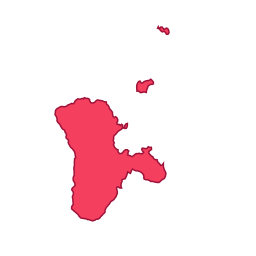 outline of Ilhabela, São Paulo, Brazil, rotated 318°
{"feature_id": "56859067B17407049512119", "entity_name": "Ilhabela", "entity_type": "district", "adm_level": 2, "iso_a3": "BRA", "parent_name": "Brazil", "parent_adm1": "São Paulo", "projection": "natural_earth1", "projection_center": [-45.279, -23.845], "detail": "fine", "context": "isolated", "style": "filled", "palette": "rose", "viewbox_px": 256, "rotation_deg": 318, "n_neighbors": 0, "source": "geoboundaries", "source_scale": "gbopen_adm2", "svg_char_len": 3950}
<svg xmlns="http://www.w3.org/2000/svg" viewBox="0 0 256 256"><g transform="rotate(318 128 128)"><path d="M124.3,124.5L124.7,123.1L126.0,122.4L125.6,120.8L123.9,120.9L123.8,119.4L122.4,117.9L123.4,116.4L124.6,116.3L125.9,115.0L126.6,113.2L126.4,111.4L124.8,111.0L124.8,109.0L126.1,106.9L127.0,105.8L127.2,103.7L127.2,101.4L127.8,99.9L128.4,98.0L128.0,96.1L129.3,94.0L128.1,93.0L127.3,91.0L126.0,89.2L125.0,87.9L124.1,86.7L122.3,86.4L120.5,86.6L118.7,86.0L117.3,84.4L117.6,82.4L118.5,81.0L118.2,79.5L116.9,78.1L115.8,76.2L114.4,76.5L113.7,75.3L112.3,74.9L111.0,73.8L110.0,72.6L108.6,72.6L107.2,72.4L105.3,73.2L103.6,73.4L102.5,71.9L100.6,71.5L99.0,70.7L97.4,70.7L95.9,70.3L94.7,69.4L93.8,68.3L92.7,67.3L91.5,66.8L90.2,66.6L88.5,66.2L86.4,66.3L85.2,67.0L84.0,68.2L82.7,69.3L82.5,70.8L82.2,72.2L81.5,73.7L80.2,74.9L79.6,76.6L79.7,78.4L79.7,79.9L79.2,81.6L78.8,83.5L78.7,85.2L79.4,87.1L78.4,89.2L78.2,91.0L77.5,92.2L76.0,93.0L75.3,94.4L75.6,96.2L75.3,97.7L73.7,98.9L73.1,101.0L72.7,102.7L72.5,104.2L72.7,106.1L72.6,107.8L72.4,109.6L71.6,111.4L70.4,113.2L69.2,115.1L67.9,115.0L66.4,116.4L65.1,117.7L64.0,119.1L62.7,120.2L61.4,121.2L60.3,122.3L59.3,123.8L57.8,125.5L56.4,127.1L54.9,127.7L53.5,128.7L52.2,130.4L51.7,133.1L50.4,135.1L48.4,135.5L46.9,135.3L45.7,135.6L44.7,136.6L44.7,138.2L44.0,139.7L42.7,140.9L41.0,141.6L40.1,142.6L39.3,144.2L38.2,145.4L37.3,146.7L36.3,148.0L35.0,148.3L33.3,148.9L32.0,150.4L32.2,152.0L32.3,153.6L32.7,155.7L32.8,157.3L33.0,159.0L32.6,160.8L32.7,163.3L34.1,165.0L35.1,166.4L36.1,167.3L36.6,168.9L37.5,169.8L38.6,171.7L39.6,173.4L40.8,173.9L42.0,174.4L43.2,174.5L44.5,175.5L46.4,176.1L48.3,175.6L50.4,175.6L51.8,175.3L53.2,175.4L54.7,175.1L55.7,173.9L57.4,173.0L59.3,172.4L60.6,172.4L61.9,172.1L63.7,171.9L65.7,171.2L67.6,171.5L69.2,171.7L70.5,171.6L71.9,171.2L73.2,171.0L74.5,170.3L76.2,169.5L77.8,167.6L78.8,165.7L79.9,164.5L81.3,165.1L81.7,167.0L83.1,168.3L83.7,166.7L84.6,165.7L86.0,164.6L87.8,163.7L89.0,162.4L90.7,163.1L92.0,163.8L94.2,162.9L96.3,161.8L98.4,160.5L99.4,163.3L100.8,162.7L102.3,161.8L103.9,161.6L104.6,163.9L105.3,165.1L106.4,166.2L107.4,167.8L108.1,169.6L108.4,171.5L108.1,173.1L107.5,174.5L106.5,175.4L105.8,176.9L106.8,178.5L108.1,179.8L108.8,181.5L109.2,183.0L110.5,184.1L111.5,185.7L112.5,187.0L113.5,188.3L114.6,189.2L116.3,189.3L117.7,189.2L119.2,189.4L121.4,189.8L123.5,188.9L125.1,187.7L126.1,186.7L126.8,184.3L127.6,182.0L128.9,179.8L130.6,178.0L128.5,178.4L127.3,177.7L127.5,176.1L127.4,174.5L127.4,172.8L128.4,171.1L127.0,169.6L126.6,167.7L127.2,165.8L126.6,164.3L126.6,162.7L126.6,160.6L127.7,159.4L129.1,159.5L131.1,159.7L132.4,158.0L131.3,157.0L130.5,155.5L128.9,155.8L127.6,155.5L126.2,153.7L125.1,152.5L124.0,152.9L123.4,154.5L123.4,156.5L121.5,156.7L120.2,155.5L119.4,154.3L118.2,153.6L116.9,152.5L115.4,152.2L113.6,152.3L111.8,151.9L110.9,149.6L109.7,148.0L110.8,147.1L111.8,146.1L113.1,145.7L113.0,143.8L111.8,142.6L110.5,142.4L109.3,142.3L107.8,142.7L106.3,142.6L104.6,141.5L104.6,139.0L106.0,137.6L105.2,136.0L105.1,133.9L105.5,132.1L106.2,130.6L107.8,129.9L108.6,127.5L110.4,126.2L111.6,124.8L113.0,124.3L114.5,124.5L116.5,124.1L118.9,123.9L120.6,124.2L122.3,124.5L124.3,124.5ZM167.9,103.5L168.3,101.1L166.9,100.6L165.4,101.0L163.9,101.6L162.5,102.7L161.4,103.9L160.5,105.1L159.3,106.6L160.5,107.6L160.9,109.9L161.8,110.8L163.3,111.4L164.6,112.6L165.4,113.8L166.8,112.6L167.9,111.9L169.4,111.2L170.7,110.4L172.2,110.3L173.9,110.7L175.1,111.7L176.4,112.2L177.6,110.8L177.7,108.9L177.6,107.0L175.5,106.8L174.4,105.9L172.8,105.0L171.1,104.3L169.3,104.3L167.9,103.5ZM217.6,75.1L217.4,77.8L217.8,79.5L219.3,80.2L219.8,81.9L219.3,84.1L220.6,85.1L222.3,84.6L223.4,83.0L224.0,81.5L223.6,79.6L222.3,79.1L220.7,79.1L220.7,77.6L221.0,76.1L220.0,74.9L217.6,75.1ZM124.3,124.5L125.4,126.2L126.4,127.1L127.6,126.8L129.3,125.6L130.6,124.2L129.1,123.6L127.6,123.9L126.4,124.7L124.3,124.5ZM217.6,75.1L218.3,73.0L216.7,73.7L217.6,75.1Z" fill="#f43f5e" stroke="#9f1239" stroke-width="1.5"/></g></svg>